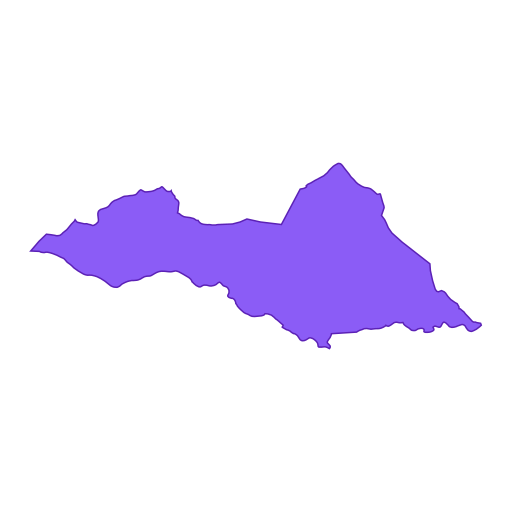 the district of Ti Rocher, Micoud, Saint Lucia
{"feature_id": "8701671B31259394762981", "entity_name": "Ti Rocher", "entity_type": "district", "adm_level": 2, "iso_a3": "LCA", "parent_name": "Saint Lucia", "parent_adm1": "Micoud", "projection": "mercator", "projection_center": [-60.927, 13.818], "detail": "fine", "context": "isolated", "style": "filled", "palette": "violet", "viewbox_px": 512, "rotation_deg": 0, "n_neighbors": 0, "source": "geoboundaries", "source_scale": "gbopen_adm2", "svg_char_len": 6040}
<svg xmlns="http://www.w3.org/2000/svg" viewBox="0 0 512 512"><path d="M192.1,281.9L192.9,282.4L193.5,283.2L196.2,285.5L198.8,286.8L199.7,286.9L200.6,286.8L202.8,285.5L203.7,285.2L204.5,285.1L206.7,285.2L209.5,285.9L211.2,286.0L213.8,285.5L215.1,285.0L216.1,284.5L218.1,282.8L218.9,282.4L219.5,282.2L220.3,282.6L221.6,283.8L222.2,284.6L223.4,285.8L226.5,286.9L227.3,287.5L228.0,288.3L228.5,289.3L229.0,290.4L229.0,292.0L228.9,293.1L227.8,295.3L227.8,296.2L228.1,296.6L228.8,297.3L229.4,297.6L230.5,298.0L231.4,298.3L232.3,298.3L233.1,298.6L233.6,298.9L234.5,299.8L235.1,300.8L235.7,302.5L235.8,303.5L236.9,305.0L237.4,306.1L239.1,308.1L240.7,309.7L243.9,312.5L245.1,313.2L246.2,313.7L247.2,314.0L248.6,314.6L249.6,315.3L250.9,315.9L252.0,316.3L253.0,316.4L254.6,316.5L261.6,315.8L263.2,315.3L264.1,314.9L264.6,314.3L265.0,313.7L267.8,313.9L271.1,315.0L271.9,315.4L272.3,315.9L273.7,316.9L275.9,319.1L276.9,319.7L278.7,321.2L280.9,323.2L283.0,325.0L283.1,325.6L282.2,327.1L282.5,327.4L286.5,329.7L288.3,330.2L290.2,331.2L291.4,332.3L293.5,333.6L293.9,333.5L295.2,334.0L296.3,334.7L297.5,335.7L299.7,339.1L300.2,339.7L300.6,340.0L301.4,340.5L302.1,340.7L302.9,340.7L304.2,340.6L306.0,339.9L308.7,338.2L309.6,337.8L310.4,337.8L312.4,338.4L313.5,339.0L315.2,340.3L316.1,341.2L317.1,342.4L317.5,343.1L317.8,344.0L318.2,346.5L318.9,347.1L321.8,347.1L324.3,346.8L325.6,346.9L327.2,347.4L329.4,348.6L329.8,348.1L330.2,347.2L330.2,346.3L330.1,345.9L329.3,344.9L327.5,343.0L327.3,342.4L327.3,341.8L327.6,341.1L328.5,339.7L330.1,337.5L331.3,334.7L331.4,333.7L356.6,332.1L357.8,331.3L359.7,330.3L362.3,329.5L364.1,328.7L366.7,328.5L371.0,329.2L375.2,328.7L378.9,328.6L380.9,328.2L383.3,327.2L385.5,325.9L385.9,325.3L386.7,325.9L387.5,326.1L388.3,326.2L388.8,326.1L390.0,325.5L391.0,324.9L394.0,322.7L395.4,322.3L396.7,322.2L399.0,322.7L400.1,322.8L400.9,322.8L402.9,322.5L403.1,322.8L403.4,323.5L403.8,324.2L404.6,325.1L406.4,326.5L408.9,328.0L411.3,330.1L412.2,330.4L414.1,330.6L415.6,330.4L417.2,329.4L418.1,328.9L420.3,328.4L421.4,328.3L422.3,328.4L423.0,328.6L423.6,329.0L424.0,329.5L424.1,330.3L423.9,331.4L424.1,331.8L424.9,332.2L425.5,332.3L427.9,332.3L429.7,332.1L430.9,331.8L432.1,331.3L433.0,330.8L433.8,330.0L433.9,329.2L433.0,327.2L433.9,326.5L434.4,326.3L434.9,326.1L435.6,326.2L438.8,327.2L439.9,327.2L440.9,326.3L442.4,323.5L443.0,322.7L443.4,322.3L443.8,322.2L444.6,322.3L445.9,323.0L448.1,325.1L448.8,326.0L449.5,326.7L449.9,326.8L451.4,327.3L452.9,327.3L454.3,327.1L456.2,326.6L457.5,326.0L461.2,324.7L462.1,324.5L463.1,324.6L464.4,325.3L465.1,325.9L466.5,328.3L467.9,330.1L469.0,330.8L470.1,331.2L471.1,331.4L471.6,331.4L472.2,331.2L473.7,330.6L476.4,329.2L479.7,326.7L481.3,325.2L480.6,323.3L476.7,322.6L475.5,322.1L473.6,322.1L472.4,321.4L468.3,316.9L465.4,313.9L463.9,311.9L462.0,310.4L460.3,308.9L459.1,308.7L458.9,306.7L457.2,303.7L455.0,302.5L450.7,299.5L447.8,296.3L445.6,293.1L444.2,291.8L441.5,290.6L438.4,291.8L436.7,291.3L435.2,289.1L432.6,280.7L430.4,270.7L429.9,263.8L402.2,242.2L391.9,233.0L388.3,227.8L386.3,223.1L384.6,219.6L381.5,215.5L384.1,207.8L383.9,206.0L382.8,202.8L381.2,197.1L380.5,194.5L380.0,193.8L378.0,194.3L377.5,194.3L376.9,194.1L375.5,192.9L374.6,192.0L372.7,190.4L370.9,189.0L369.8,188.5L367.8,187.9L364.9,187.5L364.1,187.3L361.6,186.2L357.9,183.9L356.1,182.3L353.7,179.5L351.2,177.1L350.2,175.8L349.3,174.4L347.7,172.4L344.2,168.0L342.9,166.2L341.9,165.0L341.2,164.3L340.3,163.7L339.3,163.5L338.6,163.4L337.7,163.6L334.6,165.4L333.3,166.3L330.9,168.6L329.5,170.0L327.4,172.7L325.5,174.3L323.8,175.8L314.9,180.5L310.9,182.9L308.0,184.2L306.2,185.7L306.3,186.5L306.6,186.7L306.5,187.0L305.3,187.7L304.4,188.2L302.8,188.6L300.2,189.1L281.4,224.5L260.5,222.0L246.9,219.0L240.1,222.0L232.4,224.0L217.5,224.6L215.6,225.0L214.7,225.0L212.0,225.0L209.7,224.6L208.6,224.6L207.6,224.7L205.2,224.5L203.5,224.3L202.4,224.0L201.2,223.6L199.6,222.5L198.5,221.1L198.1,220.4L196.9,220.4L196.2,220.2L194.5,219.0L193.6,218.5L192.0,218.1L190.1,217.6L186.1,217.1L183.9,216.7L181.6,215.5L179.2,213.6L177.5,212.9L178.1,210.4L178.3,207.4L178.8,203.7L178.8,202.6L178.6,201.9L178.1,200.9L177.8,200.5L175.5,198.7L175.2,198.3L174.9,197.6L174.8,196.2L173.2,194.5L172.3,193.2L171.4,191.7L171.2,190.7L170.8,191.2L170.3,191.4L169.7,191.5L167.8,191.5L166.7,191.1L165.8,190.4L163.0,187.5L162.3,186.9L161.6,186.8L159.7,188.2L159.0,188.5L157.3,188.8L155.3,190.0L154.0,190.6L152.8,191.0L151.2,191.4L146.8,191.9L145.0,191.9L144.0,191.5L141.5,190.1L141.1,189.9L140.5,189.9L139.1,191.0L136.6,193.9L136.1,194.3L135.6,194.6L134.8,194.9L132.7,195.4L130.0,195.6L127.7,196.0L124.3,196.3L123.4,196.6L119.6,198.5L116.4,199.9L114.5,200.5L112.7,201.7L111.8,202.4L110.7,203.6L109.3,205.5L107.8,206.9L106.0,207.8L100.5,209.5L99.0,210.7L98.5,211.3L98.2,212.1L97.9,213.2L97.9,214.0L97.9,215.1L98.4,219.5L98.4,220.6L98.3,221.3L98.0,222.1L97.7,222.4L96.2,223.8L95.8,224.2L93.8,225.3L92.7,225.5L92.1,225.3L90.6,224.7L88.6,224.3L87.0,223.8L86.3,223.7L85.3,223.8L84.2,223.8L77.6,222.3L77.0,222.0L76.5,221.6L75.1,219.7L74.3,221.2L71.5,224.0L67.5,228.9L66.7,229.8L63.0,232.7L62.0,233.8L60.2,235.2L59.6,235.4L57.9,235.7L56.1,235.7L55.2,235.4L50.8,234.7L46.4,234.2L39.0,241.3L30.7,251.0L39.4,251.4L40.8,252.1L42.2,252.4L43.4,252.5L44.0,252.6L46.0,252.2L47.3,252.2L49.5,252.6L52.5,253.5L56.9,255.2L60.4,257.0L63.8,258.5L65.2,259.9L66.6,261.6L67.4,262.4L70.2,264.4L71.8,265.8L73.9,267.9L78.1,270.9L83.4,274.0L84.6,274.5L85.9,274.9L87.5,275.2L89.6,275.1L91.7,275.2L94.6,275.9L97.1,276.7L100.7,278.5L103.9,280.5L105.1,281.3L110.6,285.7L112.2,286.5L114.0,287.1L116.6,287.3L117.5,287.2L119.7,286.1L121.8,284.2L122.8,283.6L125.2,282.4L127.7,281.4L129.2,281.0L131.7,280.5L133.7,280.5L136.9,280.2L138.2,279.9L140.5,279.0L142.1,278.0L144.5,276.7L146.7,276.2L149.9,276.0L150.9,275.7L152.2,275.0L154.9,273.4L156.8,272.4L159.0,271.6L161.5,271.2L164.9,271.3L168.3,271.7L170.4,271.8L171.8,271.7L175.2,271.0L176.1,271.0L178.0,271.5L179.0,271.9L183.0,274.1L188.9,277.6L190.6,279.1L191.3,280.1L191.7,280.8L192.1,281.9Z" fill="#8b5cf6" stroke="#5b21b6" stroke-width="1.5"/></svg>